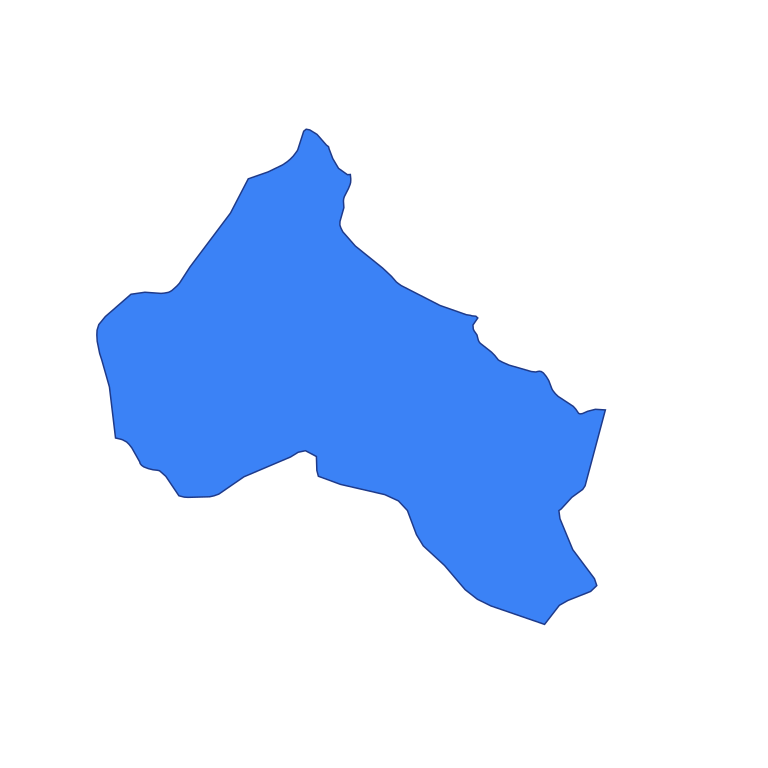 SVG path tracing the border of Prey Vêng, rotated 297°
{"feature_id": "KHM-1790", "entity_name": "Prey Vêng", "entity_type": "Province", "adm_level": 1, "iso_a3": "KHM", "parent_name": "Cambodia", "parent_adm1": "", "projection": "orthographic", "projection_center": [105.494, 11.354], "detail": "fine", "context": "isolated", "style": "filled", "palette": "blue", "viewbox_px": 768, "rotation_deg": 297, "n_neighbors": 0, "source": "natural_earth", "source_scale": "10m", "svg_char_len": 1983}
<svg xmlns="http://www.w3.org/2000/svg" viewBox="0 0 768 768"><g transform="rotate(297 384 384)"><path d="M570.2,226.9L568.6,228.3L561.6,236.0L555.5,245.6L553.9,256.4L555.4,258.9L551.8,261.2L550.2,262.0L548.3,262.8L546.4,263.2L542.1,263.6L532.9,263.6L530.7,264.0L528.6,264.8L522.9,268.2L508.8,271.0L505.6,272.5L503.4,274.8L500.9,278.2L493.9,295.8L486.7,330.1L483.3,341.8L480.5,348.7L480.0,351.3L479.5,354.6L479.4,398.2L483.1,425.9L484.4,429.8L484.7,431.5L486.1,435.1L485.4,437.6L476.9,436.5L473.5,438.6L472.3,440.1L469.9,444.6L465.9,448.1L464.8,449.5L464.0,451.2L461.2,465.3L459.7,469.8L457.3,475.0L457.2,479.7L457.6,486.8L462.0,509.6L463.6,513.8L464.8,515.1L465.9,516.6L466.5,518.5L466.2,521.0L464.4,525.1L463.0,527.4L461.8,529.3L455.9,535.8L454.9,537.3L453.2,540.9L452.0,544.8L450.0,562.8L448.6,566.4L446.2,570.7L446.4,572.3L447.7,574.2L452.1,577.8L457.4,583.8L461.4,593.0L411.3,603.7L384.6,609.4L380.3,608.9L368.3,602.8L353.1,598.6L350.6,597.3L343.9,601.9L322.1,627.4L306.1,659.9L301.0,665.1L293.0,662.3L274.6,646.1L266.4,640.7L242.7,636.2L234.8,580.1L234.6,564.9L237.6,549.6L249.8,520.3L257.6,492.5L264.5,481.3L281.9,462.3L286.4,449.9L285.8,434.9L274.8,390.8L272.0,367.4L276.5,363.4L288.7,356.7L288.9,344.3L284.2,338.5L276.6,333.9L237.7,301.3L210.9,286.8L207.2,283.3L204.4,279.9L194.0,260.8L192.5,257.3L191.3,252.0L202.7,231.5L204.8,223.3L204.2,221.1L202.7,217.1L201.6,212.4L201.1,207.6L201.5,204.9L202.4,202.9L203.0,202.3L203.7,201.7L212.6,188.3L214.5,184.2L215.5,181.0L215.6,176.3L215.3,174.5L214.0,169.3L256.7,140.7L277.3,121.6L282.1,116.8L291.8,109.1L297.3,105.9L301.7,103.9L307.5,102.9L317.6,105.1L349.1,117.8L357.2,129.3L363.5,144.2L365.2,146.9L367.8,150.3L369.3,151.5L371.1,152.6L377.3,155.0L380.9,156.0L400.3,158.0L466.6,169.6L505.2,169.9L520.2,184.3L533.1,194.1L537.6,196.6L541.5,198.3L545.9,199.7L552.2,200.8L553.7,200.8L572.8,197.7L575.7,199.0L576.7,202.5L576.0,211.0L570.7,224.3L570.3,226.7L570.2,226.9Z" fill="#3b82f6" stroke="#1e3a8a" stroke-width="1.5"/></g></svg>